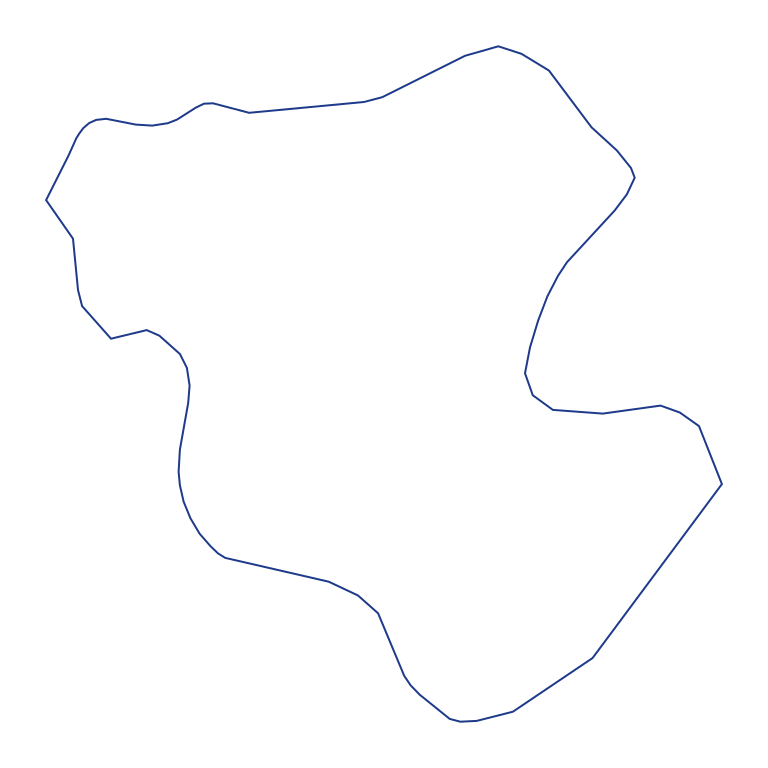 the border of Erevan
{"feature_id": "ARM-1675", "entity_name": "Erevan", "entity_type": "City", "adm_level": 1, "iso_a3": "ARM", "parent_name": "Armenia", "parent_adm1": "", "projection": "albers", "projection_center": [44.52, 40.142], "detail": "fine", "context": "isolated", "style": "outline", "palette": "blue", "viewbox_px": 768, "rotation_deg": 0, "n_neighbors": 0, "source": "natural_earth", "source_scale": "10m", "svg_char_len": 975}
<svg xmlns="http://www.w3.org/2000/svg" viewBox="0 0 768 768"><path d="M498.3,46.3L521.6,53.9L549.0,70.6L591.5,127.3L616.8,150.4L631.0,168.0L634.7,177.7L626.9,194.3L614.6,210.6L567.0,262.2L557.9,276.0L547.4,296.3L538.2,320.4L530.0,347.4L525.0,373.3L532.8,395.3L552.9,409.9L602.8,413.6L660.5,405.6L679.8,412.5L699.0,426.1L721.9,484.1L592.6,658.0L512.9,711.7L476.7,720.9L460.3,721.7L449.7,718.9L419.8,694.8L410.6,685.3L404.2,675.8L378.1,613.3L358.0,595.5L328.7,581.7L225.2,557.9L217.9,553.3L210.5,546.2L199.6,533.7L190.4,518.2L183.6,501.6L179.9,485.3L178.6,471.8L179.9,449.6L188.2,402.9L189.6,385.6L186.9,367.9L180.0,354.1L159.4,335.7L146.7,330.1L111.0,338.7L82.1,306.1L78.0,290.0L73.0,238.7L46.1,200.1L68.5,155.6L76.3,138.3L79.0,133.9L83.2,128.2L89.1,123.1L96.1,119.9L106.2,118.8L135.8,124.6L152.3,125.6L167.8,123.2L177.0,119.6L195.7,107.7L203.9,103.7L213.0,103.3L249.1,112.8L363.9,102.0L382.2,97.2L465.0,55.8L498.3,46.3Z" fill="none" stroke="#1e3a8a" stroke-width="2"/></svg>